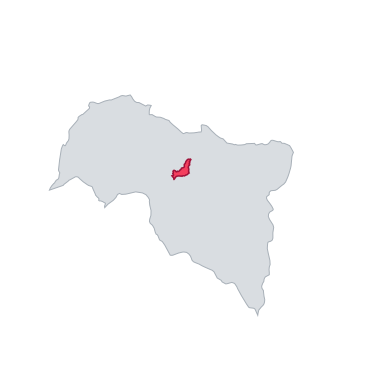 location of Mbrès, Nana-Grébizi, Central African Republic, rotated 47°
{"feature_id": "33826404B55944816658840", "entity_name": "Mbrès", "entity_type": "district", "adm_level": 2, "iso_a3": "CAF", "parent_name": "Central African Republic", "parent_adm1": "Nana-Grébizi", "projection": "robinson", "projection_center": [19.821, 6.988], "detail": "fine", "context": "in_parent", "style": "filled", "palette": "rose", "viewbox_px": 384, "rotation_deg": 47, "n_neighbors": 0, "source": "geoboundaries", "source_scale": "gbopen_adm2", "svg_char_len": 5123}
<svg xmlns="http://www.w3.org/2000/svg" viewBox="0 0 384 384"><g transform="rotate(47 192 192)"><path d="M256.9,143.4L260.0,144.3L260.5,145.4L259.7,148.9L260.3,151.0L262.0,152.9L263.8,153.6L265.4,154.1L271.3,155.2L273.7,156.5L276.9,160.6L280.9,164.3L281.9,166.2L281.7,168.0L280.6,170.2L280.7,171.1L282.6,173.3L284.7,175.5L288.6,177.9L295.3,181.8L298.4,184.4L299.4,186.4L301.2,188.5L303.6,190.4L305.2,191.9L304.1,196.2L304.4,197.6L305.0,198.8L306.4,200.5L307.0,202.6L308.4,205.3L310.1,206.5L312.8,207.0L314.3,208.2L317.3,210.4L320.3,212.2L321.5,213.5L322.3,214.6L323.0,215.9L323.3,217.3L323.4,220.1L323.9,223.7L325.5,226.1L327.0,228.0L321.0,225.9L320.1,225.8L319.0,226.2L315.9,228.8L314.9,229.1L311.0,228.5L301.4,226.5L294.0,224.6L291.8,223.8L287.9,223.2L285.3,224.5L282.9,229.1L282.2,230.0L278.3,231.3L276.5,230.9L272.1,232.2L265.3,230.3L262.8,230.7L260.9,231.6L256.0,233.7L253.0,234.9L249.5,236.0L246.2,237.6L244.0,238.5L241.9,238.5L239.9,237.6L237.7,236.8L235.2,236.6L232.5,237.1L230.3,238.9L229.3,240.2L227.4,243.6L225.1,249.2L224.1,250.4L223.3,251.0L212.6,248.2L208.0,247.5L204.9,248.4L201.0,246.8L199.3,246.5L198.5,247.0L196.3,246.3L192.8,244.4L189.4,243.6L186.4,243.9L184.5,243.2L183.0,241.4L181.1,238.0L177.6,234.6L172.9,231.9L170.0,229.8L168.8,228.4L166.3,227.7L162.5,227.5L158.8,228.9L153.5,233.1L148.5,241.8L145.8,245.1L143.6,246.0L143.0,248.1L144.1,251.4L144.4,255.2L143.6,261.7L143.9,266.5L142.8,265.7L141.6,263.5L141.1,263.0L137.8,264.0L136.2,264.9L135.3,265.8L134.6,266.0L133.5,264.7L132.7,264.5L131.4,264.7L130.1,264.7L129.3,264.6L128.7,264.7L127.2,264.0L121.6,262.1L120.6,261.5L119.5,261.6L116.6,263.2L115.1,263.6L110.4,264.6L105.5,265.1L103.6,265.1L102.3,265.8L101.4,266.8L99.9,272.8L99.5,273.9L99.6,275.4L99.1,280.2L99.3,281.7L93.4,295.0L92.4,292.8L91.8,290.2L91.5,287.2L91.7,286.4L91.3,285.5L90.8,283.1L91.3,281.5L90.9,279.9L89.7,278.3L88.7,277.1L88.1,276.0L87.6,275.5L86.4,275.3L84.9,274.7L78.3,267.0L71.4,258.2L70.0,255.4L69.5,253.8L71.1,253.6L71.6,253.3L71.6,252.5L70.6,250.3L70.1,247.4L69.2,245.7L66.5,243.0L64.0,241.0L63.2,239.9L62.7,238.4L61.7,229.0L61.3,226.3L60.5,225.1L59.9,224.6L59.7,223.9L59.8,222.3L60.1,220.8L60.1,220.2L60.8,218.9L60.9,210.1L60.0,208.9L58.5,208.9L57.7,207.6L57.0,206.0L57.2,204.9L58.7,203.1L59.7,202.4L62.6,201.0L63.4,200.3L63.9,199.5L64.3,198.3L66.0,193.8L68.5,189.4L69.6,188.4L72.2,181.8L72.8,180.2L73.2,178.5L74.0,177.1L76.8,174.9L78.9,171.0L81.2,171.2L83.5,171.8L86.5,172.1L88.8,171.4L90.4,169.8L97.6,167.2L98.1,165.1L99.3,164.0L100.6,163.0L101.1,162.9L101.2,163.6L102.0,165.8L103.6,168.0L106.0,170.3L106.7,170.2L108.2,168.4L112.0,167.3L113.0,166.8L115.7,164.2L118.9,162.5L120.8,161.9L124.0,160.1L126.3,160.4L130.1,160.1L136.3,159.3L140.8,159.0L143.0,158.7L143.6,158.3L144.5,155.8L145.2,155.1L146.8,154.0L150.1,150.2L152.3,147.0L153.0,145.8L153.4,145.6L154.3,144.3L153.4,142.9L149.7,140.0L149.8,139.6L149.6,139.1L149.8,138.7L151.2,137.6L153.1,136.3L155.1,135.8L160.4,135.9L164.9,135.6L166.0,135.6L169.5,135.0L171.9,134.4L174.4,133.0L180.0,133.1L184.6,129.6L186.0,129.0L186.6,128.5L186.7,127.9L188.9,126.6L191.4,123.7L193.3,121.1L193.8,119.3L199.1,113.1L200.9,113.3L201.8,112.5L203.9,108.4L204.6,107.6L206.7,106.9L207.8,105.7L208.7,103.9L208.7,101.6L208.3,99.8L208.3,99.0L208.7,98.2L209.6,97.4L213.6,95.1L214.6,94.1L215.2,93.1L216.3,92.9L217.6,93.0L218.3,92.4L219.2,91.4L222.0,90.1L224.6,89.0L227.3,89.5L232.2,90.8L233.6,93.8L234.3,94.8L240.4,101.7L241.6,103.4L244.6,108.4L246.4,111.8L248.5,116.7L248.8,119.4L248.5,121.6L248.1,128.1L247.5,130.0L244.9,133.4L244.8,135.0L245.3,136.3L246.1,136.8L246.6,137.5L246.3,140.5L247.3,141.7L249.3,142.5L254.3,143.0L256.9,143.4Z" fill="#d9dde1" stroke="#a8b0b8" stroke-width="1"/><path d="M166.8,170.7L166.1,171.9L165.6,172.1L165.3,172.7L165.2,173.5L165.3,174.6L165.7,176.1L165.9,176.4L166.5,177.4L166.5,178.8L167.5,179.7L168.1,180.1L168.4,180.6L168.4,180.9L168.3,181.6L167.8,182.6L167.6,182.9L167.4,183.3L167.4,183.6L167.7,183.8L167.9,185.0L167.9,185.4L167.7,185.8L167.8,186.2L167.9,186.7L167.9,187.4L167.7,188.0L166.8,188.5L166.8,188.8L166.9,189.2L166.9,189.4L166.5,189.7L165.9,189.9L165.4,189.7L164.8,189.9L164.1,190.2L163.8,190.5L163.7,191.0L163.9,191.7L164.0,191.9L164.8,192.1L165.1,192.5L165.2,193.2L165.4,193.5L165.7,193.3L166.0,193.4L166.1,193.5L166.4,193.8L166.6,193.8L166.9,193.8L167.1,194.1L167.1,194.6L166.9,195.0L166.5,195.6L167.6,195.8L168.7,195.7L169.4,195.9L169.9,196.3L170.3,196.6L170.5,196.6L170.5,195.9L170.1,194.4L169.9,193.0L170.2,192.2L171.0,191.0L171.5,190.4L172.0,190.1L172.5,189.6L173.0,188.9L173.7,188.6L173.9,187.5L175.1,186.5L175.3,185.7L175.5,184.6L175.8,184.4L176.0,183.7L176.1,183.2L176.0,182.6L175.9,182.1L176.1,181.3L175.7,181.3L175.5,181.1L175.4,180.7L174.9,180.7L174.6,180.4L174.4,180.0L174.1,179.9L173.8,179.7L173.6,179.3L173.4,179.0L172.9,178.6L172.3,178.3L172.0,178.1L171.7,178.2L171.5,177.9L170.9,177.2L170.5,176.1L170.7,175.5L170.1,174.7L169.8,174.9L169.5,174.9L169.1,174.1L168.9,173.8L168.8,173.3L168.6,173.1L168.4,173.4L168.1,173.3L167.9,173.0L167.9,172.4L167.9,171.9L167.8,171.5L167.4,171.4L167.2,171.2L167.3,170.7L166.8,170.7Z" fill="#f43f5e" stroke="#9f1239" stroke-width="1.5"/></g></svg>